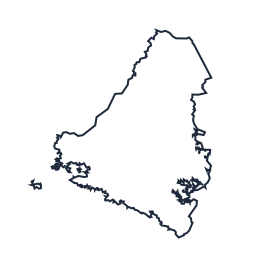 outline of Soná, Veraguas, Panama, rotated 8°
{"feature_id": "35544464B54310039107980", "entity_name": "Soná", "entity_type": "district", "adm_level": 2, "iso_a3": "PAN", "parent_name": "Panama", "parent_adm1": "Veraguas", "projection": "mercator", "projection_center": [-81.367, 7.878], "detail": "fine", "context": "isolated", "style": "outline", "palette": "slate", "viewbox_px": 256, "rotation_deg": 8, "n_neighbors": 0, "source": "geoboundaries", "source_scale": "gbopen_adm2", "svg_char_len": 5963}
<svg xmlns="http://www.w3.org/2000/svg" viewBox="0 0 256 256"><g transform="rotate(8 128 128)"><path d="M75.3,140.6L71.2,141.8L67.7,140.7L64.5,141.5L62.7,146.6L61.3,145.0L59.0,144.9L60.2,147.5L59.4,147.8L60.6,148.9L59.2,150.8L59.5,152.7L57.9,153.1L57.5,156.6L58.7,158.5L63.0,159.1L63.2,161.4L61.1,163.4L64.5,161.7L65.7,163.1L64.4,165.0L65.7,167.2L64.0,168.2L61.8,167.9L60.7,169.1L62.3,169.9L61.8,170.9L63.1,170.9L64.1,169.5L64.7,171.2L67.6,172.2L66.8,173.0L68.7,175.4L69.8,175.9L70.9,174.5L73.3,175.9L72.4,176.8L75.2,180.0L77.0,179.8L75.5,178.6L76.5,176.0L73.8,175.5L73.4,173.9L75.1,172.1L73.4,171.7L76.3,169.6L79.2,170.7L81.3,169.9L82.5,170.5L82.3,171.4L85.1,171.9L84.9,169.7L86.7,170.8L89.3,169.1L92.4,172.9L94.7,171.9L95.8,173.1L95.7,174.5L94.0,174.6L93.6,176.4L92.0,176.2L94.1,177.5L91.0,177.8L93.3,179.0L94.2,181.7L91.8,182.6L85.6,182.4L81.8,184.6L80.9,183.9L81.0,185.2L77.7,187.6L82.6,189.9L85.4,189.9L86.4,191.8L89.6,190.7L90.5,191.4L89.1,192.6L90.3,193.2L93.2,191.6L93.6,193.0L94.7,192.6L95.5,190.3L96.3,191.4L98.1,191.1L97.1,193.4L99.0,193.1L99.6,194.4L100.6,191.9L103.4,193.0L103.8,194.1L104.2,192.9L105.8,193.2L105.0,192.5L105.7,191.6L108.9,193.0L110.3,192.0L112.1,195.2L114.4,193.9L114.4,195.7L116.8,196.0L117.8,197.4L116.7,199.1L115.4,198.9L116.1,199.5L115.1,202.1L115.6,202.9L118.8,202.2L120.3,203.1L122.9,201.0L124.2,201.6L123.9,203.6L125.9,202.8L128.5,205.2L131.1,203.8L130.0,201.8L131.2,200.7L132.3,201.7L133.9,201.4L133.4,202.7L138.1,205.5L138.4,207.2L139.3,206.1L143.0,207.0L144.6,206.3L146.1,208.0L148.6,208.2L153.3,210.7L154.0,209.9L156.8,210.5L162.0,213.6L163.4,212.9L162.4,212.2L163.9,208.4L161.8,208.3L161.4,207.7L164.1,207.2L164.7,208.7L163.9,209.3L168.7,210.7L169.0,212.6L171.1,213.1L172.1,216.0L174.2,216.3L174.6,217.5L173.4,218.5L174.9,219.8L181.4,220.0L181.4,221.0L182.7,221.7L182.3,223.0L184.2,222.3L188.1,223.0L189.9,224.5L189.9,226.5L193.4,229.4L198.2,226.5L198.1,225.5L201.0,223.7L203.0,220.8L205.1,212.8L204.0,212.4L202.9,208.6L200.6,207.0L206.6,195.1L206.4,190.6L202.9,189.4L200.1,192.5L200.2,191.3L198.4,191.5L198.3,192.1L199.1,192.6L199.3,193.3L198.3,192.3L196.3,193.8L198.3,190.8L196.8,190.5L194.9,191.6L195.5,193.1L194.6,193.1L193.9,195.3L191.7,195.5L190.8,194.3L191.5,193.4L189.0,193.1L189.6,192.1L188.3,192.0L189.3,191.4L188.9,189.4L185.7,188.9L186.2,187.7L183.3,186.1L183.0,185.1L181.1,185.7L180.7,184.5L181.1,183.3L187.8,188.3L187.4,186.5L185.8,185.5L185.5,184.2L185.8,183.6L186.4,185.5L188.3,187.0L188.1,187.7L190.1,188.5L190.6,190.9L192.7,191.8L194.2,190.7L193.5,190.2L194.6,190.5L198.4,188.1L198.3,186.7L195.8,185.6L194.4,183.3L191.6,183.6L191.1,183.0L191.1,182.4L191.4,182.2L191.7,183.4L194.5,182.9L194.4,180.4L192.7,180.2L194.4,180.1L194.3,176.6L189.0,176.8L187.2,175.5L184.9,175.4L185.2,174.2L184.4,173.9L185.8,174.3L185.5,173.1L187.5,174.5L187.6,172.1L190.8,174.6L190.4,171.2L193.5,172.8L193.8,172.0L195.4,173.9L196.1,173.1L197.0,175.5L199.4,176.3L197.6,176.4L197.5,178.1L195.4,176.9L195.5,183.4L197.6,185.1L198.4,183.3L200.0,182.7L199.8,181.8L199.3,181.3L199.3,180.8L200.2,182.6L201.2,182.0L200.6,180.1L201.8,177.8L201.1,177.7L202.5,176.9L201.7,176.4L200.4,174.8L200.3,174.5L202.8,176.7L206.3,173.5L201.9,171.0L198.1,171.3L197.7,170.9L197.6,170.2L198.1,171.1L199.3,170.7L198.7,169.8L199.6,170.6L200.7,170.6L200.0,170.3L199.6,169.2L198.9,169.2L198.9,168.5L199.8,169.2L200.1,170.2L202.3,169.8L202.1,170.5L204.6,171.6L204.5,170.6L205.6,171.9L205.4,170.9L206.2,172.1L207.7,171.2L206.9,172.1L206.9,172.6L210.2,173.8L207.0,173.0L202.5,178.4L202.0,180.5L205.4,179.8L211.4,175.3L212.8,176.2L211.8,174.0L214.5,170.8L216.0,166.4L214.1,162.5L215.2,158.4L214.7,158.2L212.8,158.8L212.1,158.7L212.1,159.3L211.2,157.8L212.9,158.6L215.0,157.7L215.4,153.7L210.7,149.4L211.0,145.0L208.8,146.7L208.2,146.2L207.9,144.6L208.9,146.5L210.9,144.6L211.5,143.1L210.4,142.3L211.7,142.5L210.7,141.4L211.8,142.3L212.7,141.4L212.4,138.2L208.2,138.7L207.5,140.5L207.4,138.7L202.5,139.6L201.8,142.3L202.8,143.1L201.9,142.8L201.6,142.1L202.3,139.4L200.6,139.2L200.8,137.9L198.4,138.6L198.3,138.8L198.6,139.1L198.5,139.4L198.2,138.6L199.4,137.8L197.2,137.7L200.7,137.6L201.0,137.9L201.0,139.1L205.1,138.0L202.6,132.9L200.1,132.1L200.7,132.4L200.7,132.9L199.9,132.9L199.9,133.8L198.3,134.0L198.5,134.6L198.1,134.6L198.2,133.8L199.7,133.7L199.8,132.8L200.6,132.6L196.4,130.7L195.7,126.2L193.7,125.1L193.3,125.6L193.5,126.4L193.3,126.8L193.1,125.7L193.7,125.0L196.2,125.6L198.6,124.3L197.0,124.4L195.6,123.6L195.4,123.1L195.6,122.8L196.4,122.9L195.9,122.3L195.9,121.9L197.0,121.4L196.3,121.4L194.1,120.2L194.0,119.9L197.1,121.2L197.0,121.7L196.0,122.1L196.6,122.8L196.5,123.2L195.5,123.1L197.2,124.2L203.9,124.4L204.8,121.5L196.8,119.4L192.9,114.7L191.3,111.0L191.5,106.7L189.6,105.6L191.9,101.1L190.5,100.6L191.4,99.5L190.0,97.4L191.1,95.2L189.6,92.7L186.5,91.4L187.5,89.1L187.1,85.9L193.2,85.2L200.6,82.4L195.8,77.8L196.6,76.8L195.5,75.4L198.2,71.7L197.9,69.4L203.5,66.6L181.3,35.7L180.2,35.3L179.6,33.0L175.9,29.8L173.6,31.2L163.2,32.5L160.1,31.4L155.9,28.0L151.8,26.6L147.3,28.3L142.5,27.2L143.3,28.2L142.5,29.6L143.7,30.4L141.0,33.9L141.2,36.3L138.5,35.4L135.9,39.1L138.7,41.0L139.3,43.1L137.0,45.2L136.6,49.1L134.1,50.2L135.9,52.3L135.6,54.2L136.5,54.4L135.9,55.7L130.7,57.7L130.0,61.2L127.4,61.8L127.3,63.4L125.7,64.6L126.2,67.0L125.0,70.9L126.3,71.6L126.3,73.0L127.7,72.8L128.0,75.0L125.3,75.2L125.0,77.8L121.7,80.2L121.7,85.3L117.2,94.6L110.5,96.0L105.4,111.9L95.3,121.7L95.2,129.9L84.2,141.4L79.7,142.8L75.3,140.6ZM50.0,197.6L49.0,195.3L47.9,196.2L46.7,195.6L40.2,197.9L42.9,198.4L43.9,200.9L45.5,199.2L48.5,200.4L50.1,199.8L50.0,197.6ZM66.1,174.1L63.3,173.0L61.3,173.8L61.0,174.4L63.7,175.5L62.7,176.5L62.3,175.6L61.2,176.6L59.2,176.1L58.2,176.8L59.4,177.2L58.4,177.8L58.8,178.7L61.2,178.1L62.5,179.4L63.5,179.1L62.5,178.4L63.4,177.7L65.0,177.9L66.1,174.1ZM85.7,174.4L83.6,175.8L85.9,178.7L87.0,178.0L86.0,176.2L87.0,175.4L85.7,174.4ZM41.0,196.1L41.5,193.3L40.0,194.5L41.0,196.1Z" fill="none" stroke="#1e293b" stroke-width="2"/></g></svg>